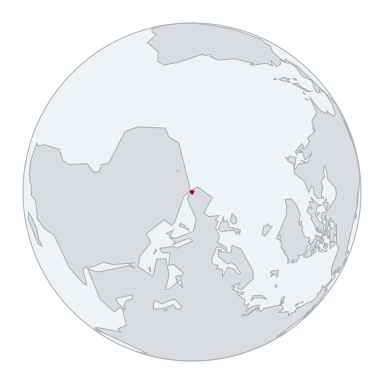 the Earth from above Cádiz, rotated 128°
{"feature_id": "ESP-5812", "entity_name": "Cádiz", "entity_type": "Autonomous Community", "adm_level": 1, "iso_a3": "ESP", "parent_name": "Spain", "parent_adm1": "", "projection": "orthographic", "projection_center": [-5.7, 36.526], "detail": "fine", "context": "on_globe", "style": "filled", "palette": "rose", "viewbox_px": 384, "rotation_deg": 128, "n_neighbors": 0, "source": "natural_earth", "source_scale": "10m", "svg_char_len": 10186}
<svg xmlns="http://www.w3.org/2000/svg" viewBox="0 0 384 384"><g transform="rotate(128 192 192)"><circle cx="192" cy="192" r="169" fill="#eef3f6" stroke="#a8b0b8"/><path d="M58.1,295.0L48.5,278.7L45.0,271.9L38.1,259.1L29.3,231.5L29.7,225.9L28.6,220.1L32.2,214.8L32.6,202.3L31.7,198.5L30.0,200.4L28.1,185.8L29.3,174.7L33.1,136.4L35.5,129.6L38.7,122.8L56.3,92.5L41.1,116.6L44.9,109.3L50.9,99.3L51.2,99.1L60.3,86.9L65.9,80.0L79.0,67.3L93.5,58.3L89.4,61.6L93.4,59.4L98.7,55.4L101.2,53.3L122.1,43.7L140.7,35.1L143.6,32.7L145.3,33.4L148.7,29.5L156.9,26.9L149.5,29.8L150.2,30.2L156.6,28.2L158.7,28.2L163.1,27.4L165.0,27.8L160.5,29.9L161.7,30.3L166.2,28.9L171.0,28.8L164.2,30.7L171.8,30.7L165.7,35.3L146.0,41.7L144.4,46.0L128.7,57.9L131.9,57.6L128.1,62.6L130.3,64.3L126.8,66.5L131.7,66.1L134.5,63.9L137.5,63.1L139.1,64.0L134.9,66.7L133.5,66.7L133.1,68.0L130.3,69.0L132.5,69.0L127.2,72.5L134.8,70.6L132.5,74.7L128.3,76.6L125.8,74.3L109.9,74.6L104.9,76.6L100.4,81.3L98.1,93.9L93.8,97.3L90.1,103.3L93.8,102.2L98.0,97.1L104.0,96.9L108.4,91.2L111.5,90.5L117.2,85.9L119.5,89.0L118.6,94.6L114.0,98.7L113.5,101.5L120.4,99.7L114.3,110.1L114.5,121.8L112.6,124.5L104.2,125.1L97.7,119.1L86.9,121.6L97.1,122.6L92.1,130.0L92.6,132.5L94.7,133.9L97.8,132.2L96.8,135.5L86.3,135.3L87.1,132.3L90.4,132.2L87.3,129.7L80.2,130.3L78.2,134.4L69.6,132.4L68.1,135.4L65.4,137.0L68.4,132.1L62.8,141.0L52.4,142.5L44.6,158.2L48.8,142.3L48.2,137.3L46.7,133.0L45.3,135.5L45.3,127.5L42.0,127.0L36.0,136.6L32.1,147.8L32.6,155.2L35.0,152.2L36.6,156.2L30.6,166.2L32.7,176.9L29.8,186.2L29.7,193.9L32.0,196.9L33.9,203.8L37.0,200.9L41.2,202.6L39.6,211.0L43.2,206.1L44.7,212.8L54.1,221.7L52.9,222.9L60.6,240.2L71.6,252.2L74.1,259.9L72.5,262.6L76.9,266.2L77.0,268.6L97.0,281.8L109.1,292.0L110.0,299.7L102.4,304.9L101.6,318.9L89.5,317.0L90.5,321.5L88.2,324.1L80.4,318.3L86.9,324.0L86.0,323.6L85.9,323.5L75.9,314.8L66.6,305.2L58.1,295.0ZM41.9,162.8L44.6,179.5L40.8,175.0L41.9,174.7L41.8,169.3L40.6,162.0L38.0,158.7L41.9,162.8ZM48.2,158.9L47.6,156.6L48.5,158.2L48.2,158.9ZM102.0,52.5L98.6,55.4L93.0,59.2L95.6,56.7L102.0,52.5ZM113.0,46.2L111.9,47.3L107.6,49.0L109.6,47.8L113.0,46.2ZM145.2,31.2L141.9,32.5L144.3,31.3L145.2,31.2ZM163.3,27.2L163.6,27.0L165.7,26.7L163.3,27.2ZM115.5,84.6L116.3,85.2L114.9,85.7L115.5,84.6ZM117.3,82.1L115.0,82.2L115.5,81.1L116.9,81.0L117.3,82.1ZM170.6,27.2L174.0,27.1L169.8,27.5L170.6,27.2ZM120.0,82.2L116.6,79.0L117.5,77.1L123.6,75.3L120.0,82.2ZM175.4,27.3L183.6,27.4L184.9,26.6L186.0,29.4L178.6,28.1L173.3,28.6L176.0,27.8L175.4,27.3ZM134.7,62.8L131.7,65.2L132.7,62.4L134.7,62.8ZM134.5,61.2L133.1,54.5L138.2,51.7L137.6,54.4L143.1,50.4L146.3,52.3L144.0,54.9L140.1,56.3L144.3,56.1L134.5,61.2ZM185.3,31.0L186.6,31.6L184.3,31.4L185.3,31.0ZM138.8,62.6L138.1,61.3L142.5,58.8L144.8,60.8L142.6,61.0L138.8,62.6ZM142.9,48.6L146.6,47.2L150.2,48.3L152.1,48.0L146.8,52.1L142.9,48.6ZM142.4,62.0L145.8,62.0L145.2,64.1L139.9,63.6L142.4,62.0ZM142.6,57.3L144.8,56.3L144.4,57.5L142.6,57.3ZM145.0,72.2L144.0,70.5L146.1,68.9L145.0,72.2ZM147.1,61.8L147.3,61.1L148.1,60.4L150.1,60.8L147.1,61.8ZM149.7,52.8L150.4,53.6L152.0,51.1L154.8,52.1L150.8,54.7L153.7,54.0L154.5,54.3L150.3,56.2L149.7,52.8ZM154.5,59.2L150.3,63.3L151.6,66.7L149.7,68.1L147.9,62.5L154.5,59.2ZM152.4,57.2L153.2,58.7L150.4,59.5L148.1,59.0L152.4,57.2ZM158.1,51.8L154.9,49.7L155.9,49.2L158.1,51.8ZM155.4,60.0L156.4,59.0L155.8,60.1L155.4,60.0ZM157.9,54.1L156.7,53.3L157.8,52.8L157.9,54.1ZM159.4,57.8L158.1,59.0L156.5,58.7L159.4,57.8ZM159.2,55.9L161.1,55.4L156.7,57.8L158.4,55.7L159.2,55.9ZM159.2,53.7L159.5,53.1L159.6,54.1L159.2,53.7ZM166.4,58.7L161.2,61.8L157.6,60.8L163.1,57.9L166.4,58.7ZM223.5,26.0L221.2,26.1L205.3,25.8L212.4,25.8L212.7,26.4L216.4,26.9L221.2,27.1L220.6,26.8L238.2,31.7L253.6,36.1L247.8,33.3L248.2,33.0L257.8,36.4L271.6,43.0L284.8,50.8L297.3,59.8L293.5,56.9L300.9,62.9L302.4,64.1L311.1,72.1L319.2,80.8L326.7,90.0L333.5,99.7L339.6,109.8L345.0,120.4L349.7,131.3L349.6,131.0L352.0,137.9L350.0,132.9L346.6,128.0L349.0,137.9L354.1,161.5L357.7,175.3L358.2,184.9L351.6,172.7L346.1,161.5L345.3,166.1L337.2,161.7L327.7,174.0L325.0,171.8L323.5,175.9L317.6,176.7L312.9,172.7L309.9,175.8L322.2,186.1L325.2,182.8L325.7,173.8L328.7,178.5L334.2,179.0L333.1,198.4L316.8,226.4L312.9,216.8L288.5,195.8L287.9,191.9L287.7,191.6L287.3,191.0L287.4,197.6L282.5,193.0L298.0,209.8L301.6,218.2L316.6,227.3L315.7,229.7L319.9,230.5L330.3,217.6L330.9,221.1L327.3,241.7L310.9,274.1L311.8,285.8L308.4,297.0L295.2,309.9L293.5,316.6L286.3,322.1L283.9,326.0L276.5,332.1L265.2,339.0L249.1,344.2L250.3,341.5L245.7,337.5L240.2,322.9L246.7,313.1L246.2,306.3L234.3,292.0L237.1,281.5L233.3,277.9L225.9,280.1L221.2,275.6L216.5,276.1L185.3,281.9L174.4,275.1L158.2,252.6L162.9,243.8L161.4,232.9L191.5,194.3L200.5,195.8L227.2,186.8L231.1,187.5L230.8,196.8L253.2,202.4L257.0,193.5L274.4,193.4L284.1,188.7L282.5,171.0L266.5,178.3L260.9,171.6L271.4,159.0L284.9,153.1L283.1,150.3L272.2,147.9L272.8,140.7L268.1,146.6L271.8,148.5L269.0,152.5L265.4,151.0L265.8,148.4L261.0,149.0L260.4,162.0L264.2,165.3L253.2,171.8L258.4,178.2L256.2,182.7L246.7,173.8L245.8,169.5L230.1,161.2L230.1,166.1L244.9,174.5L241.4,174.6L241.5,182.0L238.6,176.5L222.4,166.6L210.9,171.9L200.4,191.4L192.8,193.7L184.5,190.9L184.0,172.7L201.1,169.8L201.2,163.9L194.2,156.4L199.9,156.4L199.2,153.1L205.3,151.8L210.3,142.8L216.0,140.9L214.6,130.9L217.3,128.7L217.4,135.1L220.4,138.8L234.1,134.4L235.7,131.7L233.7,125.7L237.7,125.6L234.0,120.4L240.2,115.6L229.5,117.4L226.9,111.2L228.7,105.1L225.9,103.5L222.9,113.5L223.4,117.3L226.9,120.0L226.7,131.5L222.7,134.5L215.7,124.1L209.4,127.5L206.7,118.6L216.5,96.0L222.4,90.4L239.2,93.0L239.8,97.3L234.1,98.4L242.5,102.7L240.3,99.8L243.7,99.9L242.0,94.5L244.2,94.3L238.7,89.6L241.3,88.9L244.8,91.8L244.5,83.8L249.0,81.2L247.8,79.5L245.3,78.5L252.7,76.2L251.5,75.1L248.6,75.4L244.4,73.5L239.7,69.4L242.6,68.8L244.6,70.2L253.1,72.6L258.1,76.8L258.8,76.2L255.1,72.4L244.7,69.5L241.2,67.2L246.1,68.0L244.0,67.5L243.1,66.3L244.8,64.6L239.5,63.6L225.8,52.0L227.8,48.1L233.7,49.7L227.1,42.5L229.9,39.6L227.3,39.7L222.3,36.9L221.4,37.7L219.7,37.6L206.6,31.9L205.7,30.5L197.1,29.1L195.7,29.3L195.9,30.2L186.0,29.4L184.9,26.6L188.1,26.3L185.3,25.2L192.9,24.8L197.9,24.2L207.8,25.0L210.9,24.8L209.4,24.5L212.5,24.4L219.9,25.4L223.5,26.0ZM184.3,214.5L184.3,217.9L184.3,214.5ZM301.5,155.0L308.1,150.4L301.1,142.7L303.0,140.5L299.9,138.9L300.5,142.2L292.3,137.4L293.7,132.3L290.8,128.6L288.4,130.1L287.3,140.3L299.0,147.1L299.3,152.3L301.5,155.0ZM54.4,221.9L55.4,224.6L53.7,223.2L54.4,221.9ZM39.1,177.7L40.2,179.9L40.4,182.2L39.4,181.1L39.1,177.7ZM51.3,194.5L53.2,197.4L50.8,195.8L51.3,194.5ZM45.2,181.9L49.8,192.5L45.2,190.4L42.5,183.9L45.1,186.3L45.2,181.9ZM45.3,162.7L45.7,164.6L44.8,165.7L45.3,162.7ZM48.9,160.1L48.5,159.7L48.8,157.8L48.9,160.1ZM92.7,130.0L93.5,130.1L95.1,132.0L93.3,132.3L92.7,130.0ZM108.7,134.8L106.7,140.0L106.9,136.3L103.9,137.3L100.7,131.2L111.5,125.5L107.2,129.0L108.7,134.8ZM99.3,121.9L100.2,126.1L98.8,121.7L99.3,121.9ZM188.8,138.1L192.1,139.7L191.4,143.7L184.2,147.3L185.1,141.5L188.8,138.1ZM196.8,141.2L191.9,130.6L196.1,128.4L194.6,131.4L197.9,130.9L196.3,135.7L205.1,144.3L205.2,148.5L191.9,152.2L196.2,148.5L192.8,146.9L196.8,141.2ZM171.8,111.3L169.7,107.7L181.7,107.2L182.2,110.7L175.1,114.2L170.2,112.2L171.8,111.3ZM131.3,80.1L129.7,79.5L130.9,78.6L133.2,78.5L131.3,80.1ZM144.3,71.5L139.4,82.3L137.3,82.0L136.9,89.2L131.3,91.3L131.8,86.5L127.2,93.8L125.4,90.4L122.8,95.5L124.5,84.6L122.7,82.1L126.8,84.0L132.0,82.0L133.7,80.4L137.1,74.1L135.8,68.2L140.7,65.6L144.5,65.4L145.6,66.4L142.0,67.7L146.0,68.2L141.7,70.8L144.3,71.5ZM186.4,69.6L181.9,69.7L189.1,72.9L184.9,74.8L186.0,75.1L184.0,77.9L183.6,81.8L181.2,82.3L182.1,83.6L180.8,85.6L181.2,87.7L177.1,89.4L177.2,92.2L175.2,91.5L176.5,95.9L173.7,93.4L171.8,96.1L175.5,97.1L152.6,103.1L145.2,108.2L140.5,114.0L136.3,109.5L138.1,101.4L143.1,92.8L150.9,88.8L147.6,87.7L150.3,85.6L151.8,87.3L151.2,83.4L153.8,82.2L158.3,75.7L155.8,71.3L157.4,69.0L159.7,70.1L159.6,67.1L165.1,67.8L166.3,66.3L172.9,65.6L176.6,69.0L177.8,67.1L182.8,66.8L186.4,69.6ZM168.2,58.6L173.7,61.8L174.0,64.5L162.4,64.6L160.5,65.9L153.0,66.4L152.7,62.5L154.9,62.7L156.9,62.0L156.2,63.5L158.3,61.7L161.3,62.0L163.7,60.8L164.8,62.1L168.2,58.6ZM233.7,183.3L236.3,183.0L240.0,181.6L240.2,186.5L233.7,183.3ZM222.6,176.8L224.7,175.7L226.7,181.4L224.0,181.8L222.6,176.8ZM224.2,170.4L224.7,175.2L222.8,172.8L224.2,170.4ZM219.2,133.9L221.2,132.6L222.1,133.9L221.8,136.2L219.2,133.9ZM207.0,81.0L204.3,80.2L204.5,79.4L200.4,75.8L203.3,74.3L206.8,75.9L207.0,81.0ZM280.7,175.2L278.9,179.6L277.0,178.8L278.0,177.4L280.7,175.2ZM259.4,183.9L265.1,184.1L259.3,185.2L259.4,183.9ZM209.4,78.7L207.4,77.4L210.0,77.5L209.4,78.7ZM205.1,73.1L207.9,72.8L203.1,73.7L205.1,73.1ZM327.4,281.7L314.0,304.4L308.9,308.3L310.1,304.2L316.5,291.8L323.3,284.2L327.2,276.9L327.4,281.7ZM358.0,176.0L359.7,181.3L359.6,184.8L358.0,176.0ZM230.6,66.8L233.1,73.1L236.8,77.3L241.8,78.8L235.8,79.7L230.2,73.2L230.6,66.8ZM226.1,53.7L221.7,52.9L222.9,51.8L224.0,51.8L226.1,53.7ZM224.0,54.3L220.1,56.1L217.2,54.7L220.8,53.5L224.0,54.3ZM215.0,66.8L215.5,68.7L213.3,68.5L215.0,66.8ZM251.8,34.0L246.4,32.5L243.6,31.8L246.6,32.1L248.5,32.8L248.9,32.9L249.3,33.1L251.8,34.0ZM187.8,31.1L186.7,31.5L186.5,30.9L187.8,31.1ZM219.3,38.2L217.1,37.9L216.9,37.0L219.3,38.2ZM210.7,36.9L212.4,38.1L209.4,37.1L210.7,36.9ZM216.6,40.7L212.6,38.6L218.1,40.3L216.6,40.7Z" fill="#d9dde1" stroke="#a8b0b8" stroke-width="1"/><path d="M192.9,193.1L192.7,193.0L192.6,193.3L192.3,193.5L192.2,193.5L192.2,193.4L191.9,193.4L191.7,193.3L191.7,193.2L191.4,193.0L191.2,193.0L191.1,192.9L191.0,192.7L190.9,192.7L190.8,192.4L190.7,192.2L190.8,192.1L190.7,192.0L190.8,191.9L190.7,191.9L190.6,191.7L190.4,191.7L190.3,191.4L190.4,191.2L190.5,191.2L190.5,190.9L190.9,190.9L191.0,191.0L191.4,191.1L191.5,191.1L191.6,190.9L192.0,190.8L192.0,190.7L192.3,190.8L192.5,190.7L192.6,190.8L192.7,190.7L192.9,190.6L193.0,190.6L193.3,190.6L193.5,190.8L193.4,190.9L193.4,191.0L193.2,191.1L192.9,191.0L193.0,191.3L192.9,191.3L192.9,191.6L192.7,191.7L192.6,191.8L192.3,192.0L192.2,192.0L192.3,192.1L192.5,192.0L192.8,192.3L192.9,192.6L193.0,192.6L193.0,192.8L192.9,193.0L192.9,193.1Z" fill="#f43f5e" stroke="#9f1239" stroke-width="1.5"/></g></svg>